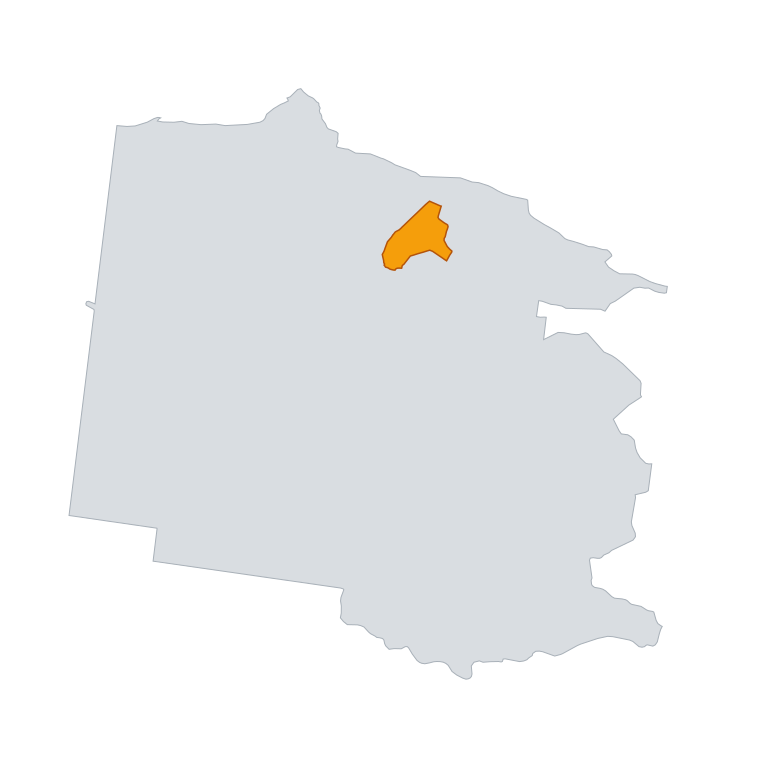 Al Butanah, Gedarif, Sudan (highlighted), rotated 277°
{"feature_id": "16777658B92441932102927", "entity_name": "Al Butanah", "entity_type": "district", "adm_level": 2, "iso_a3": "SDN", "parent_name": "Sudan", "parent_adm1": "Gedarif", "projection": "equal_earth", "projection_center": [34.366, 15.004], "detail": "fine", "context": "in_parent", "style": "filled", "palette": "amber", "viewbox_px": 768, "rotation_deg": 277, "n_neighbors": 0, "source": "geoboundaries", "source_scale": "gbopen_adm2", "svg_char_len": 5851}
<svg xmlns="http://www.w3.org/2000/svg" viewBox="0 0 768 768"><g transform="rotate(277 384 384)"><path d="M515.4,653.3L509.0,653.2L508.3,651.2L508.4,645.7L509.1,641.5L511.5,634.9L510.9,631.3L511.2,626.1L509.6,620.3L494.4,603.4L491.4,598.8L483.2,594.5L484.6,589.8L481.3,555.3L483.0,551.3L483.5,545.2L483.4,540.0L485.4,531.1L485.6,527.4L469.5,527.1L469.3,530.9L470.0,535.2L470.0,536.9L447.5,537.0L456.4,550.5L456.8,556.4L456.3,563.8L456.4,568.6L456.9,571.6L459.3,577.7L459.2,578.8L458.6,580.3L442.6,598.3L439.9,606.7L437.7,611.1L433.1,618.5L418.4,637.8L416.0,639.1L404.9,639.8L403.8,640.2L402.9,641.1L402.4,640.9L392.9,629.6L377.0,615.9L366.3,623.0L363.4,625.6L363.3,632.2L361.7,635.6L358.8,639.2L351.0,641.5L346.9,643.5L342.0,647.2L337.2,653.4L336.9,656.6L337.4,659.5L310.3,659.3L308.5,657.0L304.7,646.8L301.9,647.5L277.3,646.3L273.7,647.3L266.6,651.5L263.1,652.2L259.5,650.3L246.6,630.2L243.9,627.8L241.0,623.0L238.2,620.9L237.3,619.3L237.0,617.2L237.1,612.8L236.3,610.0L234.2,609.4L216.8,614.1L214.3,613.5L210.6,614.4L209.3,615.2L207.8,617.8L207.5,623.3L207.0,626.1L205.7,629.1L200.7,636.0L199.5,638.9L199.7,646.4L199.3,650.2L198.5,652.0L196.3,654.9L195.5,656.6L194.6,666.2L191.8,672.0L191.2,674.1L191.0,678.3L190.5,679.6L182.6,682.9L179.6,685.0L177.8,688.3L177.3,689.7L174.0,688.5L169.7,687.7L161.4,686.7L158.2,685.1L156.6,682.8L157.2,677.0L156.4,675.7L155.1,674.7L154.2,672.2L154.4,669.1L158.8,662.4L159.8,658.8L161.1,641.9L160.8,636.7L157.5,627.2L149.8,610.9L147.9,607.7L138.2,594.2L137.1,592.3L134.8,586.6L137.6,574.1L137.8,570.7L137.2,567.2L134.7,564.5L132.5,564.2L129.6,560.9L127.7,559.4L126.1,556.4L125.0,552.4L126.0,537.7L125.5,535.8L123.0,535.3L122.4,534.2L122.5,531.4L121.3,523.1L119.9,516.2L120.8,512.4L118.8,507.2L114.8,505.0L106.9,506.7L104.4,506.4L102.8,505.4L101.6,503.5L101.0,501.3L101.7,497.9L104.0,491.7L106.9,486.6L112.6,482.0L114.2,479.5L115.1,476.8L115.3,473.6L115.0,470.3L114.4,467.3L112.8,463.3L111.3,458.6L111.4,455.4L112.1,453.1L113.7,450.4L119.4,445.0L125.2,440.5L126.2,439.0L125.9,437.1L123.3,433.4L122.6,426.3L121.3,421.4L124.3,417.6L126.4,416.3L129.8,415.1L131.2,413.6L131.6,410.6L131.6,407.7L132.8,405.6L134.5,401.1L135.9,399.0L140.4,393.7L141.4,390.2L141.7,386.9L140.7,376.9L143.3,372.7L146.6,369.2L151.3,369.5L158.5,368.7L163.4,367.3L166.9,367.3L174.9,369.2L175.7,368.4L176.2,365.7L180.0,176.4L212.8,176.4L213.2,176.1L215.1,87.4L420.9,87.5L422.6,87.1L425.9,78.9L427.3,78.3L429.4,78.8L430.1,80.7L428.3,87.4L607.9,87.4L608.3,97.5L609.8,105.6L615.0,117.1L619.4,123.4L621.0,126.8L621.1,128.4L620.9,129.9L619.6,128.2L617.4,127.0L617.1,132.4L618.2,143.6L620.1,151.4L618.8,158.6L619.1,170.8L621.5,185.5L621.1,194.8L625.0,216.8L628.7,228.9L630.7,231.9L633.0,233.5L637.4,234.6L643.8,240.8L648.9,247.3L650.8,250.7L653.3,254.5L654.9,253.8L656.0,252.8L657.6,255.9L665.8,262.4L667.0,265.5L664.1,268.5L660.8,273.6L659.2,278.4L658.3,279.9L655.7,282.9L655.2,284.4L654.1,285.3L652.8,285.3L650.1,287.0L647.6,286.5L645.1,287.4L644.2,288.5L642.2,289.5L639.5,290.1L635.3,294.1L631.7,296.1L630.4,297.7L628.6,305.8L627.2,307.9L621.7,308.1L619.1,308.8L615.4,307.9L613.7,308.0L613.2,309.8L612.6,316.7L612.7,319.7L609.7,327.6L610.7,342.4L607.8,353.5L607.4,356.1L604.4,364.9L602.9,368.1L599.1,384.6L597.7,389.7L594.5,395.0L597.9,434.7L595.2,446.9L595.4,453.5L593.5,463.3L592.0,467.8L589.6,473.3L587.5,479.4L585.8,487.5L584.6,502.8L584.0,504.2L574.3,506.1L571.3,507.2L569.3,508.9L566.8,512.8L561.8,523.6L559.2,530.2L555.2,539.3L550.4,545.7L549.4,548.8L548.6,554.6L546.9,563.7L545.3,570.3L545.6,575.5L544.1,584.6L544.3,589.1L542.7,591.6L540.4,593.9L538.9,594.5L532.1,588.4L527.4,592.6L524.4,598.5L522.1,604.5L523.4,617.1L523.3,619.9L522.6,622.9L518.1,635.3L516.8,641.0L515.4,650.9L515.4,653.3Z" fill="#d9dde1" stroke="#a8b0b8" stroke-width="1"/><path d="M525.6,370.1L525.2,370.0L522.7,369.4L518.4,368.4L517.3,368.2L516.6,368.0L516.4,368.0L516.0,367.9L515.7,367.8L514.9,367.5L513.8,367.1L512.4,366.5L510.3,367.2L507.3,368.3L506.1,368.7L505.3,368.8L504.9,368.9L504.7,368.9L504.4,369.1L504.2,369.2L504.0,369.3L503.9,369.3L503.7,369.5L503.4,369.8L503.2,369.9L502.9,369.9L502.7,369.9L502.4,369.8L502.2,369.8L502.1,369.7L501.9,369.8L501.7,369.8L501.6,370.0L501.4,370.2L501.2,370.4L501.1,370.5L500.9,370.7L500.6,370.9L500.3,371.2L500.1,371.5L500.1,371.8L500.0,372.7L499.8,373.6L499.4,374.6L498.9,375.5L498.7,376.0L498.6,376.6L498.5,377.3L498.4,378.4L498.3,379.0L498.3,380.4L498.5,381.2L498.8,381.2L499.3,381.4L499.6,381.7L499.7,381.8L499.8,381.9L499.8,382.0L500.0,382.2L500.1,382.3L500.2,382.5L500.5,382.9L500.8,384.3L501.0,385.8L501.0,387.0L501.1,387.4L501.4,387.5L502.2,387.5L503.2,387.6L503.7,387.7L503.9,387.8L504.9,388.7L505.2,389.1L506.0,389.6L507.2,390.3L509.2,391.5L510.2,392.1L512.7,393.6L514.2,394.5L514.5,395.1L514.9,396.1L516.0,398.6L516.5,399.6L517.3,401.4L517.7,402.3L518.2,403.5L518.7,404.6L519.5,406.6L521.1,410.1L522.4,413.1L521.6,416.1L519.9,419.4L516.4,426.2L516.2,426.7L515.9,427.1L515.7,427.6L515.2,428.4L514.8,429.2L514.5,429.9L514.1,430.7L513.9,431.1L514.1,431.2L515.8,431.9L519.9,433.5L523.0,435.1L524.2,435.2L525.8,432.8L528.2,430.0L533.8,426.1L535.9,426.0L537.6,426.8L543.1,427.4L545.5,428.0L547.9,428.4L549.5,427.8L550.1,426.9L551.1,424.5L551.9,423.0L553.1,420.8L554.4,418.5L555.9,417.3L557.4,417.4L567.5,419.1L567.6,418.3L567.7,417.9L567.9,417.4L568.0,416.8L568.9,414.0L569.2,412.9L569.6,411.6L569.9,410.5L570.5,408.5L570.6,408.3L570.8,407.6L570.9,407.2L571.0,407.0L571.0,406.9L570.9,406.8L570.3,406.3L569.5,405.5L568.7,404.8L568.1,404.3L567.1,403.3L566.5,402.9L565.8,402.3L565.4,402.0L565.2,401.8L562.7,399.8L562.6,399.7L560.1,397.7L555.6,394.0L548.4,388.1L544.3,384.8L541.8,382.7L541.2,382.3L540.0,381.3L539.9,381.2L539.6,380.9L539.1,380.6L539.0,380.4L538.9,380.4L537.0,377.6L536.2,376.6L533.2,374.8L533.2,374.7L530.3,373.3L530.2,373.2L527.4,371.3L525.6,370.1Z" fill="#f59e0b" stroke="#b45309" stroke-width="1.5"/></g></svg>